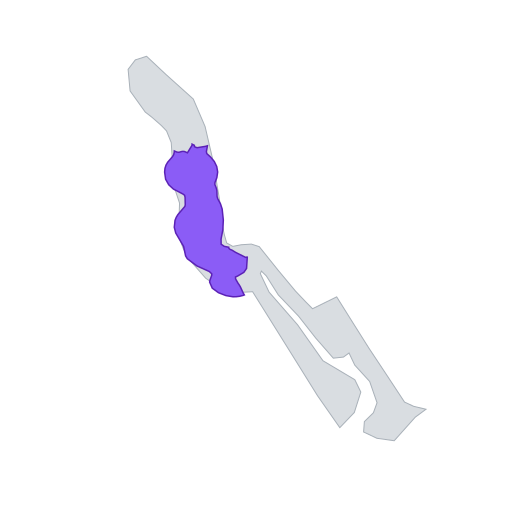 Central River on a map of Gambia (Albers equal-area conic projection), rotated 237°
{"feature_id": "GMB-2151", "entity_name": "Central River", "entity_type": "Division", "adm_level": 1, "iso_a3": "GMB", "parent_name": "Gambia", "parent_adm1": "", "projection": "albers", "projection_center": [-14.922, 13.572], "detail": "fine", "context": "in_parent", "style": "filled", "palette": "violet", "viewbox_px": 512, "rotation_deg": 237, "n_neighbors": 0, "source": "natural_earth", "source_scale": "10m", "svg_char_len": 2244}
<svg xmlns="http://www.w3.org/2000/svg" viewBox="0 0 512 512"><g transform="rotate(237 256 256)"><path d="M66.4,232.8L105.3,231.5L152.4,232.4L203.7,233.3L227.9,233.7L240.6,211.5L264.8,201.7L289.5,198.1L302.3,199.1L315.9,202.4L342.0,220.7L358.2,224.9L371.9,229.0L381.7,237.9L397.3,246.7L409.6,249.1L416.9,247.7L429.0,244.3L437.0,241.5L463.0,240.3L482.2,250.4L486.2,261.6L483.1,273.0L457.4,279.3L421.8,288.9L392.3,283.8L356.4,270.8L335.5,261.4L326.8,257.7L313.7,251.7L302.3,245.3L291.3,241.1L282.9,238.5L276.7,241.8L273.5,249.7L268.5,258.6L262.1,263.8L232.1,266.8L205.1,270.0L190.6,272.7L181.0,274.7L177.8,301.4L147.3,300.9L117.2,300.5L86.1,300.8L52.6,301.0L44.0,306.4L34.9,315.1L34.1,301.8L25.8,271.3L37.3,258.1L49.8,250.4L58.1,256.7L60.6,269.1L67.0,277.6L88.9,283.0L110.7,279.4L124.0,281.2L123.6,274.3L128.2,265.2L154.6,261.4L182.5,258.9L211.2,253.5L233.7,253.8L240.4,252.3L238.8,250.0L218.6,247.3L175.6,253.4L131.7,255.1L98.4,271.5L84.8,269.8L71.2,253.2L66.4,232.8Z" fill="#d9dde1" stroke="#a8b0b8" stroke-width="1"/><path d="M291.1,196.9L294.4,197.0L303.5,200.5L319.0,201.2L324.6,203.1L327.5,205.5L330.0,207.5L331.9,210.2L333.3,213.1L336.3,223.3L337.4,224.5L343.7,228.4L345.8,229.2L347.7,228.5L357.1,223.2L363.3,221.6L369.6,222.0L376.2,225.1L379.2,227.5L381.3,230.1L382.8,233.1L384.8,240.0L385.8,242.1L387.4,243.8L388.6,244.7L386.3,246.2L385.7,246.9L384.9,247.9L384.6,249.0L383.9,251.1L383.2,252.2L382.6,252.9L379.9,254.7L383.7,262.7L384.6,263.3L382.4,264.6L381.8,264.2L381.1,264.0L380.0,264.7L378.9,265.6L375.5,273.3L374.9,275.3L370.5,271.2L368.7,270.5L363.7,271.8L358.0,272.5L352.4,271.8L347.3,269.6L343.0,265.8L339.9,261.5L338.3,260.4L335.1,259.8L332.3,258.9L327.2,255.8L324.9,255.1L319.0,254.6L313.8,253.2L303.8,248.1L303.7,248.0L296.1,242.5L289.2,235.9L284.9,233.2L281.4,234.6L278.2,237.9L277.9,237.6L277.0,237.5L275.8,237.8L273.9,239.1L270.1,240.9L260.4,246.6L260.0,248.0L259.7,248.0L250.7,241.3L248.9,236.9L249.2,229.6L249.6,227.4L247.9,226.4L242.6,226.1L241.4,226.2L238.7,226.1L231.8,225.1L229.7,225.0L229.9,223.9L231.1,220.4L232.7,217.1L234.4,214.4L239.2,209.2L245.7,204.5L252.8,201.8L259.4,202.9L260.8,204.2L263.8,208.2L265.1,209.2L268.4,208.4L279.9,201.0L291.1,196.9Z" fill="#8b5cf6" stroke="#5b21b6" stroke-width="1.5"/></g></svg>